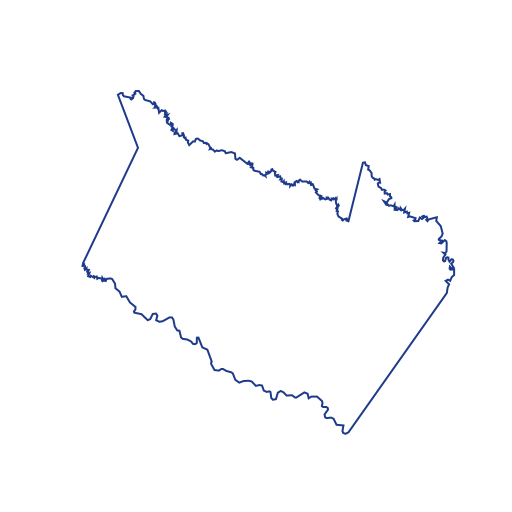 Puerto Rondón, Arauca, Colombia, rotated 23°
{"feature_id": "7082276B48605985455717", "entity_name": "Puerto Rondón", "entity_type": "district", "adm_level": 2, "iso_a3": "COL", "parent_name": "Colombia", "parent_adm1": "Arauca", "projection": "robinson", "projection_center": [-71.044, 6.421], "detail": "fine", "context": "isolated", "style": "outline", "palette": "blue", "viewbox_px": 512, "rotation_deg": 23, "n_neighbors": 0, "source": "geoboundaries", "source_scale": "gbopen_adm2", "svg_char_len": 6129}
<svg xmlns="http://www.w3.org/2000/svg" viewBox="0 0 512 512"><g transform="rotate(23 256 256)"><path d="M446.1,215.5L444.7,210.1L444.8,206.6L440.3,204.8L442.0,202.7L444.4,203.0L444.4,199.1L445.8,196.1L443.6,190.9L440.3,192.6L439.2,192.1L438.7,190.1L440.8,191.1L442.4,189.4L438.7,186.8L439.8,184.5L439.6,183.2L438.4,182.3L437.2,182.6L436.4,185.6L434.5,184.1L433.8,182.3L432.6,182.4L431.6,183.6L432.1,186.7L431.3,187.5L429.8,187.0L429.0,184.3L429.8,180.8L427.2,179.8L429.2,179.3L429.6,177.4L426.5,169.6L425.4,168.0L423.6,167.6L421.7,172.0L419.8,172.4L421.1,169.2L418.0,169.7L417.6,169.0L419.1,165.7L419.1,162.5L414.4,156.3L408.2,153.3L407.3,149.7L400.6,154.9L400.2,156.9L398.6,156.2L399.3,154.8L397.7,153.1L396.2,154.2L395.1,153.4L394.2,153.8L393.7,154.6L395.5,154.9L394.4,157.1L391.8,156.6L391.7,160.4L388.2,162.1L387.3,161.7L388.3,160.5L388.1,158.8L382.3,159.4L380.8,160.6L380.1,156.4L378.6,157.6L377.5,156.2L375.4,158.0L374.6,154.3L374.0,156.2L372.4,156.5L370.5,155.4L371.1,157.1L368.8,156.4L368.2,158.5L366.2,159.1L366.5,156.2L365.7,156.2L365.1,158.2L363.5,154.6L363.3,156.4L360.3,156.7L358.5,157.9L355.6,156.2L356.8,157.7L356.0,158.0L352.3,155.6L355.6,155.7L356.1,151.7L358.0,149.9L357.5,149.0L356.1,148.7L355.1,146.6L353.2,148.0L352.0,147.0L350.1,148.2L349.3,146.8L349.7,145.1L347.9,144.9L346.0,145.9L344.6,144.6L341.7,144.3L339.9,141.9L340.2,140.7L341.6,140.1L339.6,136.9L338.5,138.3L336.3,138.4L335.4,139.4L334.4,138.4L332.7,138.4L331.1,137.1L330.1,134.6L327.1,132.7L325.5,132.7L324.6,129.2L321.6,129.4L319.7,127.2L318.0,128.4L327.5,187.9L325.3,188.0L324.9,187.2L326.0,186.9L324.8,186.0L322.5,188.0L322.0,189.4L320.9,189.2L320.5,188.0L316.5,187.4L314.4,185.4L314.0,183.0L312.7,183.1L312.6,181.6L311.1,180.9L311.2,180.0L312.5,180.7L312.0,178.7L312.5,177.3L311.7,176.6L311.4,178.3L309.2,176.3L307.5,173.3L308.1,172.6L307.6,171.4L307.3,172.2L306.6,171.8L306.5,172.8L304.8,172.6L304.9,173.7L303.1,173.6L303.4,175.4L301.7,175.4L299.6,174.0L298.2,174.5L299.0,175.7L297.7,176.8L295.3,176.4L295.1,176.9L293.4,176.1L293.8,176.9L292.9,176.8L292.6,177.8L294.1,177.5L293.1,178.8L291.7,177.4L292.3,175.3L289.9,175.6L286.3,174.1L286.8,172.9L285.4,172.3L286.3,170.8L283.5,171.1L280.3,167.7L279.2,167.8L279.6,168.7L278.9,169.1L277.7,166.9L276.8,167.9L276.1,166.9L275.4,168.4L273.5,167.6L269.4,169.4L266.7,168.5L265.9,170.0L266.4,171.4L265.4,171.6L265.0,170.3L265.0,171.6L264.1,171.1L262.9,172.8L263.9,175.0L262.9,174.7L263.1,176.4L262.2,176.8L261.6,175.4L261.5,176.5L260.6,176.2L260.1,178.1L259.6,176.8L258.3,176.6L257.3,177.6L255.8,177.3L255.5,178.3L254.9,178.2L254.7,176.7L253.4,178.1L252.4,176.4L252.3,177.2L250.3,177.5L249.6,174.9L248.5,175.7L248.6,174.9L247.0,173.2L244.9,175.0L244.3,174.9L244.4,173.0L242.3,174.4L241.0,172.4L241.1,171.0L238.1,170.7L237.1,169.7L236.3,170.5L237.0,171.7L236.0,173.8L235.6,173.2L234.2,173.5L235.0,176.3L234.3,175.2L232.8,175.3L233.6,176.7L232.9,178.2L233.4,178.8L231.9,178.4L231.1,179.1L229.3,178.2L228.4,178.7L226.4,177.1L221.2,178.1L219.8,177.7L219.2,176.0L216.9,176.3L217.5,174.9L216.7,172.5L215.6,173.1L215.1,174.7L214.2,174.2L214.6,173.2L213.7,173.7L213.8,172.5L212.7,171.8L211.9,174.5L202.7,172.0L200.9,174.9L199.1,174.6L196.5,169.8L192.6,170.0L188.0,173.2L186.3,171.7L183.2,172.0L180.2,174.2L178.6,174.2L177.3,176.0L174.7,174.8L173.0,175.2L172.5,174.4L171.7,175.4L171.6,174.2L168.7,171.8L166.8,171.3L166.7,172.1L165.2,171.6L163.9,172.4L162.2,171.1L159.6,171.5L156.6,170.6L154.9,171.7L155.0,174.5L153.3,175.1L151.2,180.0L148.9,178.1L148.5,176.2L146.4,176.5L145.0,174.7L144.6,175.4L143.2,174.9L142.8,173.4L140.8,171.4L140.2,171.9L141.6,173.3L138.6,175.6L136.0,173.6L133.4,175.6L133.0,174.0L134.4,173.0L133.7,170.9L133.3,172.0L130.6,170.7L130.0,172.4L130.5,173.3L128.9,173.1L129.0,170.3L127.4,169.7L127.4,168.7L128.3,168.7L127.8,167.0L125.7,166.7L126.2,167.8L125.3,168.9L122.0,168.1L122.0,166.3L121.1,166.6L120.6,165.4L122.3,163.9L121.7,163.1L120.5,163.8L120.2,162.9L118.9,163.2L119.5,160.8L117.6,162.7L117.9,159.8L116.8,160.5L116.7,158.7L116.1,159.2L115.4,157.7L113.6,158.9L112.2,158.6L110.8,162.0L108.3,157.9L107.8,158.5L106.6,157.4L106.6,158.1L105.1,158.8L105.8,157.6L104.9,157.7L105.2,156.7L104.3,156.7L104.2,155.4L103.0,154.3L102.2,154.3L102.6,155.9L101.8,156.6L98.2,155.0L93.1,155.7L91.4,155.1L89.8,152.6L86.6,151.8L83.7,149.9L80.8,151.2L80.5,152.5L81.2,153.3L80.5,153.5L81.2,154.6L79.7,156.3L80.9,157.0L81.1,158.8L80.1,160.6L79.1,160.3L79.1,159.1L72.0,160.6L70.5,159.8L69.7,158.2L67.8,158.8L65.9,161.6L105.1,202.5L99.6,330.0L100.6,330.4L99.9,331.5L100.2,332.9L101.4,332.3L101.2,331.3L102.6,332.1L103.4,333.7L102.2,334.8L103.3,334.5L103.9,335.4L104.7,333.8L104.9,334.7L107.6,334.1L107.6,335.9L106.7,335.6L106.7,336.5L108.1,337.0L108.2,337.7L109.3,336.7L109.3,340.2L111.6,340.1L111.6,338.7L115.5,339.3L114.9,338.0L116.2,338.1L117.4,337.1L118.8,339.0L119.8,337.6L123.3,337.1L123.0,336.0L124.9,337.3L123.8,338.6L124.5,339.2L126.0,337.6L125.2,336.9L125.6,336.1L126.6,336.9L126.6,337.9L127.4,337.8L127.5,335.4L130.8,333.5L132.6,333.4L137.1,336.6L139.2,340.6L144.3,342.1L148.4,346.0L152.3,343.7L158.1,348.0L165.0,350.0L165.9,352.4L165.3,354.8L166.2,355.7L173.3,354.3L181.4,357.4L183.3,355.4L183.6,349.7L186.4,348.1L188.5,349.4L189.2,354.1L192.8,354.3L195.6,352.5L200.4,346.3L202.7,345.4L204.8,346.8L208.8,352.7L212.6,355.3L214.7,354.7L218.8,360.2L220.9,360.9L225.5,359.7L229.9,360.1L232.2,361.5L234.5,360.9L235.5,359.2L233.5,354.3L234.9,353.6L242.3,361.1L247.8,361.2L256.6,370.6L256.3,371.6L257.1,373.1L262.4,377.2L266.6,376.0L268.2,373.6L269.7,372.9L273.8,373.4L278.7,372.7L280.6,373.2L285.4,378.1L290.1,379.1L293.2,376.1L297.7,373.8L301.1,373.2L306.6,375.6L309.7,373.4L312.2,372.9L315.7,376.8L319.0,376.9L321.4,375.3L322.5,375.6L325.5,380.7L327.7,381.7L330.3,380.0L329.5,373.3L331.5,370.6L334.4,370.7L338.7,372.5L343.6,370.1L347.2,371.0L348.3,370.7L353.8,362.7L357.3,362.6L360.1,366.4L361.9,363.8L367.1,361.6L373.4,363.7L374.7,365.4L375.3,368.5L376.8,368.8L379.7,367.5L381.5,367.9L382.3,369.3L381.0,375.0L382.5,377.3L384.2,377.7L388.3,375.4L391.0,375.5L396.1,379.9L402.7,377.8L404.0,383.4L405.4,384.8L407.9,384.7L410.0,382.2L446.1,215.5Z" fill="none" stroke="#1e3a8a" stroke-width="2"/></g></svg>